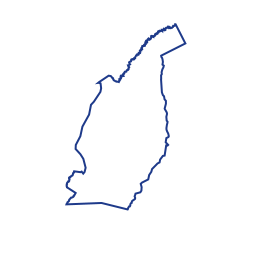 Sena Madureira, Acre, Brazil, rotated 153°
{"feature_id": "56859067B34860614425880", "entity_name": "Sena Madureira", "entity_type": "district", "adm_level": 2, "iso_a3": "BRA", "parent_name": "Brazil", "parent_adm1": "Acre", "projection": "mercator", "projection_center": [-69.608, -9.772], "detail": "fine", "context": "isolated", "style": "outline", "palette": "blue", "viewbox_px": 256, "rotation_deg": 153, "n_neighbors": 0, "source": "geoboundaries", "source_scale": "gbopen_adm2", "svg_char_len": 5745}
<svg xmlns="http://www.w3.org/2000/svg" viewBox="0 0 256 256"><g transform="rotate(153 128 128)"><path d="M68.5,196.9L68.8,196.8L69.0,196.9L68.5,197.1L68.9,197.6L68.8,197.9L69.0,198.1L69.3,198.1L69.3,198.4L69.6,198.3L69.5,197.9L70.0,197.4L70.5,197.6L70.9,197.6L71.2,197.4L71.4,197.6L71.7,197.6L71.5,197.1L71.9,196.9L71.6,196.8L71.6,196.5L72.1,196.1L72.1,195.8L72.5,195.8L72.5,195.5L72.8,195.5L73.0,195.7L73.2,196.4L73.4,196.2L73.5,195.7L73.8,195.6L74.0,195.9L74.1,195.7L74.1,195.3L74.3,195.4L74.7,195.1L75.1,195.0L75.0,194.7L75.3,194.7L75.3,194.9L75.6,194.9L75.5,194.0L75.5,193.7L75.8,193.5L76.2,193.8L76.4,194.0L77.1,193.9L77.5,194.0L77.5,194.3L78.0,194.6L78.2,194.4L78.3,193.9L78.7,193.8L79.0,193.2L79.4,193.3L79.7,193.2L79.6,192.1L79.6,191.8L80.0,191.7L80.6,192.0L80.9,191.3L81.6,191.7L81.8,191.5L82.2,191.5L82.2,191.1L82.1,190.9L82.3,190.6L82.5,190.4L82.6,190.1L83.4,190.2L83.6,190.1L83.6,189.6L84.1,189.9L84.2,189.3L84.5,189.3L84.9,189.5L85.1,189.3L84.9,189.0L85.1,188.7L85.4,188.5L85.7,188.7L86.1,189.4L86.5,189.5L87.2,188.7L87.5,189.0L87.8,189.0L88.2,188.6L89.3,188.0L89.9,186.9L90.4,186.8L90.4,187.4L90.8,187.5L91.2,186.8L91.5,186.4L91.8,186.4L92.1,186.6L92.3,187.2L92.7,187.4L93.0,187.1L93.3,187.1L93.7,187.5L94.0,187.5L94.1,187.0L94.6,186.7L94.6,186.4L95.1,186.0L95.7,186.0L96.3,186.2L96.8,186.0L97.1,186.1L97.3,185.9L97.4,184.8L97.6,184.3L97.3,183.8L97.6,183.7L98.5,183.7L99.1,183.4L99.6,183.7L99.7,183.1L99.6,182.9L99.4,182.6L99.3,181.6L99.5,181.5L99.9,181.6L100.7,180.8L100.6,180.3L100.8,180.1L101.2,180.1L101.4,179.8L101.7,179.7L102.3,180.1L102.8,180.0L103.0,179.7L103.7,179.4L103.9,179.0L104.1,179.0L104.8,179.5L105.1,179.6L105.4,179.5L105.8,179.1L106.1,179.1L106.4,178.9L106.5,178.3L106.8,178.1L107.4,177.9L107.6,178.0L107.8,178.3L108.0,178.2L108.4,177.9L108.4,176.4L108.7,176.5L108.8,177.2L109.0,177.4L109.3,177.0L109.6,177.1L109.8,177.4L110.4,177.1L110.7,177.2L110.9,177.6L111.1,177.4L111.0,177.1L111.0,176.9L111.1,176.6L111.7,176.4L111.8,176.1L111.7,175.9L111.2,175.9L111.5,175.6L112.3,175.8L112.5,175.7L112.5,175.0L112.8,174.8L113.1,174.8L113.6,175.1L113.6,174.8L113.4,174.6L113.4,174.4L113.7,174.3L114.2,173.9L114.5,174.1L114.8,173.9L114.9,173.4L115.3,173.1L115.9,173.8L116.4,174.0L117.0,174.4L117.1,174.7L117.4,174.7L117.6,175.0L118.0,175.4L118.6,176.6L118.9,176.8L119.0,177.1L119.1,177.8L119.0,178.0L119.0,178.6L118.7,179.0L118.8,179.4L119.3,179.8L119.4,180.1L119.3,180.6L119.6,181.3L119.6,181.8L120.0,182.3L120.3,182.5L121.5,183.4L133.1,182.0L134.0,181.8L133.7,181.7L132.2,180.2L133.9,175.6L136.2,172.7L146.5,166.9L150.4,165.5L156.6,157.6L168.0,149.9L174.2,142.3L182.2,136.6L184.2,133.1L182.3,126.2L181.8,120.8L183.8,111.8L186.7,108.5L188.6,107.7L189.1,110.2L190.4,110.2L195.7,113.9L195.9,113.7L196.0,113.0L196.2,112.8L196.6,112.8L196.9,112.9L197.6,112.6L197.9,111.9L198.9,110.9L199.2,110.8L199.7,110.9L200.0,111.1L200.6,110.8L201.1,110.8L201.3,110.5L201.5,110.4L201.8,110.4L202.3,110.7L202.9,110.6L203.2,110.4L203.3,110.2L203.0,109.9L203.3,109.0L203.6,108.9L203.6,108.6L203.9,108.4L204.3,107.9L204.3,107.6L204.6,107.4L205.2,107.5L205.2,107.2L205.4,107.0L206.3,107.2L206.5,107.1L207.4,106.6L207.7,106.2L207.7,105.9L208.0,105.8L208.5,105.2L208.4,104.9L208.7,104.7L209.1,104.0L209.0,103.2L209.3,102.8L204.1,93.9L204.3,93.7L205.2,93.2L205.7,92.8L206.4,92.6L206.6,92.2L206.9,92.0L207.3,92.2L207.5,92.1L207.8,91.9L208.0,91.5L209.0,91.4L210.4,91.8L210.7,91.5L211.1,91.4L211.4,91.4L212.0,91.1L212.7,90.9L213.1,90.4L213.4,90.4L213.6,90.2L213.8,89.7L214.0,89.6L214.6,89.5L215.1,89.3L215.4,89.4L215.7,89.3L216.2,88.6L217.1,88.3L217.5,87.9L185.6,73.2L165.3,55.6L164.8,55.9L164.7,56.2L164.5,56.3L164.3,56.6L163.9,56.8L163.7,57.0L163.4,57.2L162.8,57.4L162.6,57.6L162.0,57.3L161.5,57.6L161.1,58.0L160.8,58.6L160.5,59.0L160.0,59.4L159.3,59.7L158.7,59.6L157.8,60.9L156.5,61.3L155.9,61.2L154.8,61.5L154.2,61.5L153.4,62.3L153.3,62.6L153.1,64.2L152.6,64.5L151.1,66.1L146.2,65.1L144.5,66.1L142.7,69.1L142.0,72.5L140.3,73.0L133.3,73.0L130.5,76.5L127.1,78.4L125.2,80.5L120.4,82.1L117.8,83.0L115.5,83.0L113.7,85.3L109.6,87.3L107.9,86.8L101.9,95.1L100.8,94.4L99.9,94.7L100.9,98.2L98.4,101.6L96.2,101.6L95.6,101.9L95.2,102.7L94.7,104.8L94.7,107.1L94.5,108.9L93.8,110.5L91.8,113.3L90.6,114.6L90.0,115.5L89.9,115.7L90.2,117.0L88.8,120.5L86.8,122.9L86.4,124.3L86.6,128.1L86.5,128.7L83.2,132.4L81.9,135.0L82.4,137.0L81.5,139.9L82.0,141.5L81.6,144.4L76.4,156.5L76.2,156.6L74.6,159.9L73.4,160.7L72.7,162.5L70.8,164.6L69.0,165.9L67.8,167.3L68.5,168.8L66.9,171.0L66.1,173.4L65.8,175.0L66.0,176.2L65.6,177.4L38.5,177.3L38.5,198.8L38.8,199.0L39.0,198.6L39.5,198.5L39.9,198.0L40.3,198.2L40.7,198.0L41.2,198.2L41.5,198.2L41.6,198.4L41.8,198.3L42.2,197.6L42.5,197.7L42.9,197.6L43.3,197.3L43.9,197.5L44.6,197.5L44.9,197.7L45.1,198.0L45.7,198.2L45.5,198.5L45.0,198.5L44.9,199.0L45.3,199.5L45.5,199.6L46.3,199.6L46.6,199.8L46.6,200.1L47.4,199.8L47.4,199.4L47.9,199.7L48.2,199.7L48.7,200.0L48.9,199.9L48.9,199.6L49.4,199.5L49.7,199.3L50.0,199.5L50.0,199.2L50.1,198.7L50.1,198.4L50.4,198.3L50.8,198.4L50.6,199.1L50.8,199.3L51.1,199.2L51.4,199.0L51.6,199.1L51.6,199.9L52.1,199.6L52.4,199.3L53.2,200.0L53.3,199.7L53.2,199.4L53.4,199.0L53.5,199.3L54.5,199.4L54.5,199.6L54.7,199.9L55.1,200.0L55.4,200.2L55.9,199.7L56.1,199.7L56.3,199.9L56.4,200.4L57.4,200.4L57.5,200.2L57.6,199.2L58.0,199.1L58.6,199.1L58.9,199.5L59.3,199.4L59.1,198.9L59.2,198.6L59.8,198.7L60.0,198.9L60.2,199.4L60.4,199.4L60.6,199.1L61.2,199.3L61.4,199.2L61.5,198.3L61.8,198.2L62.3,198.2L62.5,197.9L63.1,198.1L63.8,197.6L63.9,197.8L63.8,198.5L64.0,198.7L64.3,198.7L64.4,197.9L64.6,198.1L64.9,199.0L65.1,199.2L65.5,198.8L65.6,199.1L65.8,199.2L66.1,198.1L66.4,197.9L67.6,197.6L67.8,197.5L67.5,197.3L67.4,197.1L67.6,197.0L68.3,197.1L68.5,196.9Z" fill="none" stroke="#1e3a8a" stroke-width="2"/></g></svg>